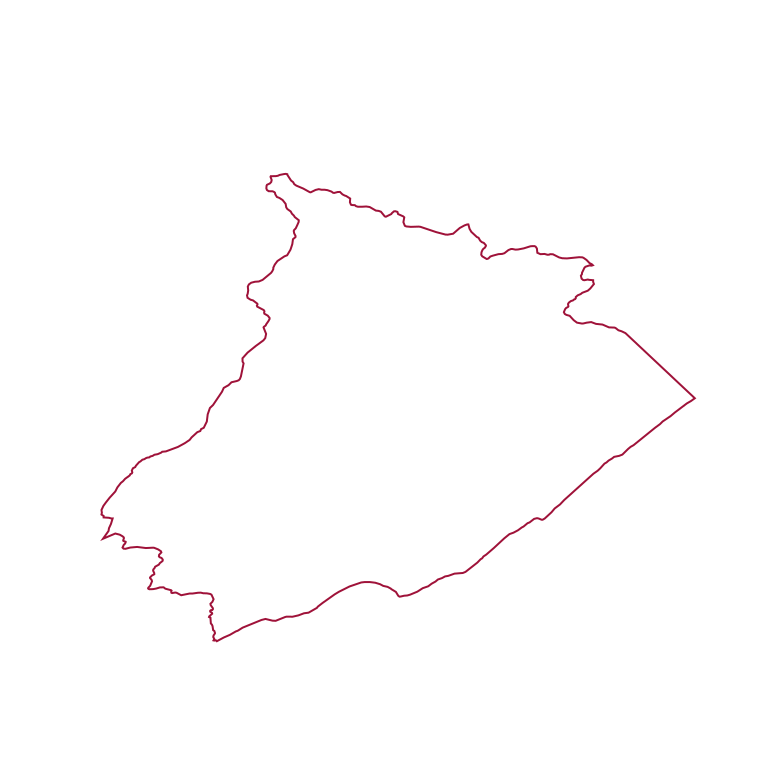 Pacasmayo, La Libertad, Peru, rotated 260°
{"feature_id": "86281439B1064179091614", "entity_name": "Pacasmayo", "entity_type": "district", "adm_level": 2, "iso_a3": "PER", "parent_name": "Peru", "parent_adm1": "La Libertad", "projection": "equal_earth", "projection_center": [-79.413, -7.429], "detail": "fine", "context": "isolated", "style": "outline", "palette": "rose", "viewbox_px": 768, "rotation_deg": 260, "n_neighbors": 0, "source": "geoboundaries", "source_scale": "gbopen_adm2", "svg_char_len": 6146}
<svg xmlns="http://www.w3.org/2000/svg" viewBox="0 0 768 768"><g transform="rotate(260 384 384)"><path d="M607.4,325.2L608.0,323.8L608.1,322.1L608.0,317.5L607.5,315.7L607.5,313.5L608.3,308.6L607.7,308.2L604.4,308.8L602.5,308.0L601.3,306.4L600.5,303.4L599.7,302.8L597.1,302.1L595.4,302.4L593.9,303.9L593.1,307.8L592.2,309.1L591.4,309.8L589.6,309.9L586.8,311.0L585.4,313.3L582.8,316.1L578.5,318.4L574.9,318.4L573.1,319.2L570.1,322.1L567.7,322.9L565.5,324.5L563.9,325.1L560.1,328.5L558.4,328.1L555.4,326.1L552.6,324.1L551.3,322.3L550.4,321.7L548.0,321.7L545.1,322.6L544.0,322.3L542.4,319.5L537.7,318.0L534.5,316.3L532.5,315.2L527.6,311.0L527.0,308.1L523.6,300.4L520.6,297.2L517.8,295.2L516.3,294.9L514.3,293.4L513.0,292.0L507.6,282.5L506.7,278.5L507.1,274.7L506.8,270.8L505.5,268.2L503.6,266.8L499.7,266.5L496.5,265.4L495.1,264.5L492.6,264.6L490.2,267.2L489.1,269.5L485.1,273.2L484.2,273.2L483.2,272.4L482.2,272.6L477.7,278.4L476.4,278.9L475.0,278.3L474.0,278.4L471.5,281.4L468.9,282.8L467.9,282.6L466.0,281.1L463.1,278.2L462.2,277.7L461.1,275.5L460.6,275.2L453.8,276.6L449.8,275.0L447.9,272.8L443.7,264.3L438.6,255.1L433.9,249.1L430.6,248.6L428.7,249.3L416.3,244.4L413.9,242.9L412.9,241.5L412.5,239.6L412.2,234.1L409.9,230.8L408.0,225.5L404.5,223.1L393.0,212.0L390.6,208.4L384.7,205.1L377.8,203.0L372.2,198.9L371.3,196.0L369.6,194.9L369.0,191.8L364.8,185.2L362.7,182.9L360.3,177.5L357.8,170.1L355.5,157.5L355.8,153.8L355.1,152.6L354.2,148.9L354.2,145.6L353.4,143.7L353.2,141.3L352.5,140.2L352.6,138.0L352.3,136.6L351.6,135.0L351.4,132.9L350.0,130.6L349.6,129.3L346.6,125.5L345.4,124.6L344.6,122.1L342.5,120.6L340.7,120.8L339.8,120.2L339.2,118.5L338.1,117.7L335.6,112.6L333.6,110.1L332.3,107.7L328.5,103.5L324.8,100.7L319.7,94.1L315.6,89.5L312.7,86.5L309.0,83.9L306.2,83.8L304.5,83.1L302.7,85.0L301.3,84.7L300.0,89.9L298.9,92.2L298.7,93.4L293.6,90.8L289.7,88.1L287.1,87.2L280.4,80.4L283.4,93.4L281.5,97.6L279.4,100.1L278.1,101.1L277.3,101.1L275.3,100.0L274.7,100.1L273.5,102.2L273.0,102.1L271.8,101.3L270.8,99.8L268.3,98.1L267.1,98.9L266.6,100.8L267.0,105.7L266.4,112.6L263.8,121.0L262.9,128.2L262.6,129.2L260.3,132.9L258.0,135.3L256.8,135.5L254.9,132.9L253.4,132.4L252.4,132.9L251.3,134.7L249.6,135.6L248.8,135.5L248.1,135.1L246.5,132.1L245.2,130.9L243.8,126.9L242.6,126.1L241.4,124.6L240.2,124.2L237.7,124.9L236.5,124.7L235.7,122.2L234.1,120.0L233.5,119.9L231.5,121.1L230.0,121.3L225.9,118.7L224.3,116.5L223.6,116.2L223.1,116.5L222.6,117.4L222.1,120.9L222.1,124.1L222.6,128.1L222.0,131.7L220.4,133.1L217.9,138.5L217.4,138.9L216.3,138.3L215.3,138.4L214.9,139.1L214.9,142.2L214.4,143.5L211.2,147.6L211.4,156.1L210.9,159.1L210.7,164.8L210.3,167.4L209.3,169.7L208.6,173.2L207.4,176.4L206.5,177.5L201.7,178.8L199.3,177.2L197.7,174.9L196.4,174.9L193.0,176.5L192.1,176.5L191.3,175.7L191.3,174.2L190.9,173.5L190.0,173.3L188.6,174.8L187.6,174.9L185.5,171.5L184.9,171.2L184.0,172.5L178.2,171.9L177.0,172.7L175.4,173.1L171.3,173.0L170.3,174.0L168.4,174.3L167.7,174.2L166.0,172.5L164.5,171.9L162.3,172.6L161.1,171.6L160.8,172.3L160.8,173.9L159.7,174.7L162.2,182.3L163.7,188.6L166.1,195.2L166.4,197.1L168.6,202.5L172.9,222.4L173.2,226.5L170.3,233.1L169.6,236.2L171.7,246.2L171.8,247.7L170.7,253.5L171.0,259.5L172.1,265.4L171.9,270.0L175.2,279.1L176.2,280.1L179.0,285.4L185.4,298.9L187.2,303.5L190.6,314.9L192.5,327.1L192.3,330.7L191.4,335.7L189.8,340.9L187.5,345.4L185.3,348.2L183.6,352.3L181.3,355.2L180.7,355.6L177.2,359.6L172.9,361.3L171.9,362.3L171.8,363.5L172.0,367.1L171.7,370.2L172.0,373.1L173.7,380.8L176.2,386.7L177.1,392.4L179.1,396.3L180.5,400.4L182.1,403.1L182.8,407.5L183.9,410.7L183.9,414.0L185.0,420.5L184.2,428.8L184.8,431.6L191.9,444.9L194.7,448.8L195.3,450.4L196.9,452.0L198.2,455.0L203.4,463.7L211.1,475.6L214.4,481.5L215.1,485.7L216.7,490.6L218.8,494.8L219.4,496.7L222.0,501.2L222.4,503.3L225.1,508.4L225.3,511.4L224.7,512.9L223.0,515.6L222.8,516.7L223.6,518.9L228.6,526.7L231.8,530.5L234.8,536.4L238.5,541.4L259.3,574.7L261.5,579.4L263.4,582.3L267.3,587.3L268.1,589.5L269.6,591.9L271.0,595.6L272.3,598.0L272.4,603.1L273.1,606.5L277.7,613.2L279.3,616.0L280.4,619.1L293.8,643.3L296.6,648.9L298.7,651.9L302.7,660.8L305.5,665.6L312.3,678.9L313.9,683.3L316.0,687.6L392.2,630.6L394.7,627.1L396.2,624.2L398.9,621.8L399.5,620.9L400.7,615.4L404.6,609.5L406.4,603.2L409.0,598.8L409.2,594.3L409.0,590.7L409.2,589.3L410.9,584.7L413.9,581.9L418.9,578.7L420.4,575.6L421.6,574.2L423.5,573.6L426.3,575.4L427.2,576.5L428.0,578.7L428.5,579.1L430.8,579.1L432.0,580.1L433.2,582.4L433.5,584.6L434.3,586.0L434.4,586.9L435.1,587.7L436.4,588.0L437.7,590.2L438.4,593.3L439.4,595.1L440.5,600.9L442.2,603.7L446.0,608.1L448.2,607.7L449.9,608.0L451.0,603.9L451.5,602.9L451.4,599.4L451.8,598.2L453.4,596.9L456.4,596.7L457.8,598.0L459.1,598.3L463.7,601.6L464.5,602.8L465.1,606.8L464.5,608.9L464.7,610.3L465.8,609.5L467.4,607.4L471.0,605.0L473.6,602.4L474.3,601.3L475.0,598.1L475.9,586.0L476.9,581.4L478.2,578.5L482.4,572.9L483.0,570.2L482.7,569.0L482.9,567.4L484.2,564.7L484.7,560.6L486.6,557.8L490.9,558.1L492.9,557.2L493.6,556.3L494.0,554.3L494.2,552.1L493.3,545.2L493.2,539.4L493.5,536.8L494.7,533.8L494.9,532.6L494.3,529.8L491.9,525.3L491.6,523.0L492.0,519.2L491.5,513.5L491.1,510.9L489.6,508.8L489.3,507.8L489.3,506.8L492.7,502.9L494.4,502.2L496.8,502.9L498.7,504.1L499.8,505.2L500.8,507.1L502.4,508.4L503.2,508.3L505.6,506.8L506.8,504.9L508.5,503.6L511.6,502.5L512.6,501.0L518.7,496.4L522.0,495.2L526.5,494.8L526.7,493.6L526.2,490.8L524.5,485.7L520.0,478.2L520.0,472.8L520.4,470.7L524.5,461.8L532.5,447.1L533.0,445.3L534.1,437.7L535.3,433.3L536.2,432.0L540.0,431.2L544.6,432.9L545.7,432.1L548.9,427.4L551.2,427.1L552.2,425.1L552.3,423.8L550.8,421.3L550.1,420.7L548.4,414.9L549.0,413.8L554.2,410.9L555.4,408.8L556.2,406.1L560.8,400.6L561.9,397.3L562.4,393.0L563.1,389.1L564.0,387.3L565.2,386.3L565.8,383.5L566.3,382.6L568.9,382.0L572.5,382.9L575.7,379.4L576.5,377.9L578.0,376.0L580.8,374.0L581.1,371.7L580.8,368.1L581.2,367.0L582.6,365.7L584.7,362.0L585.6,359.3L586.1,356.4L587.2,353.6L587.0,350.3L585.5,345.1L585.8,344.2L590.5,338.4L594.6,332.1L596.4,330.3L598.5,329.6L600.5,327.8L606.6,325.2L607.4,325.2Z" fill="none" stroke="#9f1239" stroke-width="2"/></g></svg>